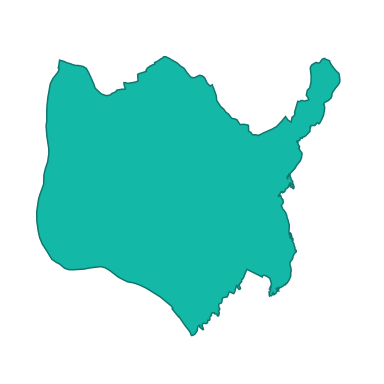 the district of Pedraza, Magdalena, Colombia, rotated 355°
{"feature_id": "7082276B4621695095776", "entity_name": "Pedraza", "entity_type": "district", "adm_level": 2, "iso_a3": "COL", "parent_name": "Colombia", "parent_adm1": "Magdalena", "projection": "equal_earth", "projection_center": [-74.79, 10.149], "detail": "fine", "context": "isolated", "style": "filled", "palette": "teal", "viewbox_px": 384, "rotation_deg": 355, "n_neighbors": 0, "source": "geoboundaries", "source_scale": "gbopen_adm2", "svg_char_len": 6021}
<svg xmlns="http://www.w3.org/2000/svg" viewBox="0 0 384 384"><g transform="rotate(355 192 192)"><path d="M36.3,224.3L38.4,231.0L42.1,237.8L46.5,246.8L51.0,250.5L53.8,252.2L58.4,256.8L62.3,258.6L66.8,259.1L77.6,259.4L83.8,258.7L94.7,258.4L98.9,259.9L102.9,262.7L110.9,270.1L115.2,273.0L119.9,275.8L126.3,277.6L132.0,280.2L138.2,283.9L151.2,293.7L161.6,303.9L162.8,306.0L162.0,306.7L167.7,315.1L168.0,314.8L173.6,324.7L177.6,330.8L178.9,334.9L180.3,334.9L182.5,333.8L185.1,330.7L185.9,327.0L187.8,325.3L188.1,325.4L187.8,326.8L188.3,327.7L190.9,330.2L191.5,329.7L190.6,326.3L190.7,324.8L191.6,323.9L193.4,323.9L194.4,324.4L195.6,323.9L196.2,323.3L196.6,321.1L198.1,321.3L198.7,320.6L198.7,318.9L199.1,317.9L200.7,316.4L200.7,314.8L201.6,314.2L202.6,314.5L203.3,314.0L203.8,314.2L204.2,315.5L205.3,315.5L206.2,315.9L206.4,317.4L206.8,317.8L207.6,317.6L208.1,317.0L208.1,316.1L208.5,315.5L208.6,314.5L208.1,313.6L208.5,312.3L209.3,311.6L209.4,310.3L209.0,309.9L208.8,309.2L208.7,306.8L208.9,306.2L209.8,305.6L211.3,305.3L212.0,304.4L212.7,302.1L212.8,300.6L214.1,299.9L216.5,299.8L218.1,299.4L220.3,294.9L220.9,294.9L224.7,296.9L225.9,295.1L228.1,289.1L229.0,289.5L229.2,291.4L230.4,293.2L231.3,293.0L231.8,292.5L231.8,291.6L230.6,288.3L231.6,287.8L232.4,286.5L233.5,286.0L233.9,283.6L235.3,282.8L239.9,273.8L254.6,282.8L255.0,281.5L256.6,281.3L258.1,281.8L261.3,284.1L262.1,285.3L262.4,286.5L263.2,290.7L262.4,292.0L262.4,293.8L261.8,293.7L262.0,294.2L261.3,294.5L261.8,296.0L261.7,296.3L261.0,296.1L261.4,296.7L261.3,297.7L260.6,298.9L260.1,298.5L260.0,302.1L260.2,302.5L261.3,302.0L262.0,302.3L263.1,301.3L263.5,300.5L263.4,299.8L263.9,299.3L264.3,300.1L263.8,301.1L264.2,301.4L264.5,301.1L265.0,301.3L265.4,300.7L266.6,300.6L267.4,299.1L268.3,298.4L268.1,296.9L268.5,298.1L268.8,298.1L268.5,297.9L268.7,297.4L269.0,297.7L269.5,297.7L269.2,297.2L269.6,296.3L269.5,296.0L269.0,296.8L268.4,296.2L268.1,296.9L267.6,295.7L268.0,295.2L269.6,295.0L270.0,294.7L270.1,296.1L270.6,295.3L272.6,294.6L273.5,293.9L273.9,294.0L276.1,292.5L277.1,292.6L277.7,291.3L278.4,291.4L281.0,288.3L282.9,284.6L283.2,282.8L283.1,282.2L283.4,281.6L283.2,281.0L283.7,280.1L284.0,278.2L283.7,274.6L283.1,273.7L283.4,272.5L283.3,271.0L286.5,267.1L287.1,264.8L288.9,261.9L290.2,261.2L290.8,259.9L290.6,259.3L290.2,259.5L289.7,258.9L289.8,258.0L289.5,257.4L289.7,256.3L289.1,254.2L288.9,252.2L287.6,249.9L287.8,249.4L288.4,249.2L288.5,247.3L288.2,247.0L286.6,247.2L287.8,247.0L287.5,246.5L287.5,244.6L287.0,243.0L287.2,242.5L286.1,241.1L285.4,241.1L286.5,246.8L286.1,246.4L286.2,246.0L285.9,246.0L285.7,244.0L285.2,243.0L285.1,239.8L285.5,237.9L285.3,237.5L285.7,236.6L286.0,232.7L285.7,231.8L285.2,228.3L284.5,225.9L284.2,222.9L283.8,222.1L283.7,221.2L281.9,218.0L281.1,217.2L280.6,216.1L280.7,215.5L280.0,214.7L280.1,214.1L279.8,214.0L280.0,213.0L281.5,211.3L282.1,210.1L281.9,207.6L280.6,205.7L280.0,203.2L279.1,202.7L278.7,203.8L277.7,203.9L277.7,203.4L281.1,199.4L282.0,199.6L281.9,200.3L282.3,200.7L284.3,199.7L284.9,198.8L285.1,197.8L287.9,196.0L290.3,191.6L291.1,191.8L291.7,192.7L290.8,193.4L290.7,194.6L289.8,194.5L290.0,195.1L292.3,196.5L293.0,197.5L293.6,197.4L294.2,195.6L293.7,194.9L293.7,194.4L293.3,194.5L293.8,193.7L293.5,193.2L292.8,193.3L292.7,192.9L293.2,192.2L292.9,191.5L293.3,190.3L292.8,189.8L291.9,187.8L291.1,184.3L291.2,183.5L290.3,183.8L288.9,185.4L288.4,187.0L288.1,186.7L287.9,186.0L288.4,184.9L290.0,183.3L290.0,182.7L291.0,182.6L296.6,177.5L298.7,174.4L302.4,170.7L304.0,167.7L305.0,163.3L304.6,162.1L302.8,159.4L302.7,158.0L302.3,157.9L302.5,156.7L302.9,156.7L303.1,156.1L302.4,154.6L301.7,153.8L302.0,151.5L301.7,151.3L301.6,151.7L301.1,151.6L300.8,150.6L301.3,150.7L301.7,150.2L303.6,150.1L304.2,149.4L304.5,147.6L306.6,148.1L307.5,146.6L308.8,146.7L309.9,146.1L314.7,142.1L314.9,141.8L314.8,140.8L315.4,138.6L315.3,137.3L315.6,137.0L316.0,137.3L316.3,136.5L316.8,136.1L319.7,136.5L320.5,136.2L323.0,133.8L323.6,134.2L324.1,135.1L324.6,135.1L325.7,133.9L328.2,129.9L329.7,126.9L330.6,123.8L331.4,120.5L331.5,118.9L331.3,116.9L330.6,116.0L332.0,114.3L335.9,112.7L338.7,110.5L339.5,109.0L340.0,106.4L340.5,105.3L343.2,101.9L347.2,97.8L348.7,95.5L349.1,93.3L348.8,87.2L348.4,86.4L346.5,84.4L343.6,80.3L341.6,76.7L340.5,74.2L340.6,73.6L340.1,73.0L336.0,71.1L335.9,70.5L334.5,70.6L333.3,71.2L332.5,71.8L331.1,73.8L330.0,74.5L328.6,74.6L328.0,74.1L326.4,73.8L322.5,75.8L321.2,77.4L320.6,78.8L320.8,86.8L320.2,92.5L318.6,97.8L317.8,99.1L315.9,100.4L314.3,105.5L315.5,107.6L316.4,110.2L315.3,110.7L311.8,111.2L309.7,110.4L308.5,110.4L307.3,111.4L305.3,110.8L301.2,121.4L301.1,121.9L301.6,123.0L300.2,125.1L298.2,126.2L296.9,130.9L295.7,130.2L293.7,128.5L291.7,125.0L287.2,129.6L281.6,134.5L279.7,135.1L278.3,136.0L266.8,139.9L265.4,140.7L263.6,141.1L263.3,141.6L260.4,140.5L257.2,140.3L255.8,137.7L254.3,136.8L253.8,136.1L254.0,130.6L253.6,130.2L249.7,129.1L245.9,129.0L245.2,128.1L243.1,124.0L240.3,122.6L238.8,122.4L237.6,121.6L235.2,117.5L232.9,115.7L230.7,112.1L227.9,109.2L224.6,102.9L224.5,98.1L222.5,90.3L221.5,87.6L221.6,87.0L219.2,87.9L217.7,86.3L216.3,84.2L214.6,79.4L213.8,78.5L212.1,77.1L209.6,76.4L204.4,78.4L201.1,77.7L200.0,76.4L197.3,72.5L195.0,68.3L194.2,67.5L191.9,65.9L188.1,61.8L185.0,59.9L184.3,59.1L183.3,58.8L181.5,57.2L177.7,55.0L175.7,54.8L173.6,56.4L172.5,56.7L168.9,58.8L166.1,59.8L166.3,61.1L161.0,63.0L158.5,64.6L156.8,66.6L156.9,67.9L149.0,69.6L148.1,70.3L148.0,74.6L148.2,76.6L144.9,77.6L137.4,78.2L134.9,77.1L133.7,77.1L133.7,79.4L134.6,83.3L134.3,83.8L131.0,83.5L126.1,83.9L125.7,84.6L123.3,86.2L121.1,86.6L119.6,87.8L118.1,88.4L114.7,88.5L110.1,86.3L104.6,80.2L103.3,75.0L99.5,64.2L97.4,59.6L94.5,57.5L90.4,56.2L86.9,55.7L84.2,54.7L81.1,53.2L78.6,52.4L76.5,51.0L71.6,49.1L70.1,55.4L69.5,56.6L70.7,57.4L68.8,61.0L63.4,66.8L60.3,71.7L56.6,85.5L55.1,93.3L54.4,98.5L53.5,108.7L52.4,113.4L52.3,123.8L53.1,136.3L52.7,141.5L50.8,149.5L48.0,155.8L46.0,162.0L44.9,171.3L40.4,181.0L38.5,185.8L35.6,198.0L34.9,207.6L35.4,217.5L36.3,224.3Z" fill="#14b8a6" stroke="#0f766e" stroke-width="1.5"/></g></svg>